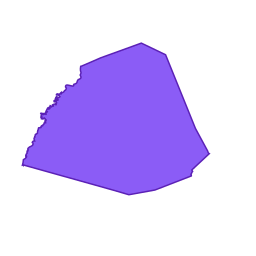 outline of Lunga, Luapula, Zambia, rotated 28°
{"feature_id": "96606910B4218134786212", "entity_name": "Lunga", "entity_type": "district", "adm_level": 2, "iso_a3": "ZMB", "parent_name": "Zambia", "parent_adm1": "Luapula", "projection": "albers", "projection_center": [29.85, -11.571], "detail": "fine", "context": "isolated", "style": "filled", "palette": "violet", "viewbox_px": 256, "rotation_deg": 28, "n_neighbors": 0, "source": "geoboundaries", "source_scale": "gbopen_adm2", "svg_char_len": 5080}
<svg xmlns="http://www.w3.org/2000/svg" viewBox="0 0 256 256"><g transform="rotate(28 128 128)"><path d="M59.2,99.8L60.3,100.9L60.5,101.2L60.8,102.1L60.9,103.7L62.1,104.6L62.6,105.2L62.9,106.0L62.6,106.9L62.1,107.8L61.3,108.6L61.2,110.4L61.6,112.0L61.2,113.2L60.6,113.9L59.7,114.8L59.7,115.5L60.2,116.1L60.0,116.6L59.1,117.1L56.6,117.8L55.5,118.1L54.6,118.4L53.9,118.7L53.3,119.3L53.2,119.8L53.2,120.4L53.7,121.2L54.1,121.3L54.5,121.6L54.9,121.8L55.1,123.1L54.9,124.2L54.5,124.6L54.4,125.0L54.4,125.6L54.3,126.1L54.2,126.6L53.9,127.0L53.4,127.5L53.2,127.8L53.1,128.1L53.0,129.2L52.8,129.4L52.5,129.3L52.3,128.6L52.2,128.3L52.0,128.8L52.0,129.5L51.7,130.1L51.4,130.3L51.2,130.7L51.0,130.9L50.6,130.9L50.3,130.8L49.9,130.9L49.5,131.1L49.3,131.4L49.1,131.7L49.1,131.9L49.2,132.3L49.3,132.4L49.5,132.3L50.1,132.0L50.6,131.8L51.2,131.7L51.4,131.6L51.6,131.3L51.8,131.3L52.2,132.0L52.7,132.2L53.2,132.3L53.2,132.5L53.0,133.0L52.4,133.8L52.1,134.2L51.5,134.7L51.1,134.7L50.9,134.6L50.6,133.7L50.4,133.7L50.2,133.9L50.1,134.2L50.0,134.5L50.0,135.2L50.1,135.9L50.1,136.2L50.3,136.4L51.5,136.7L51.7,136.2L51.8,135.7L52.0,135.6L52.5,135.6L52.8,135.7L53.0,135.9L53.1,136.2L52.9,136.4L52.4,136.8L51.5,137.0L50.4,137.6L50.2,137.9L50.0,138.4L49.9,138.7L50.0,139.0L50.6,139.5L50.8,139.4L51.0,139.3L51.4,138.1L51.6,137.9L51.8,137.9L52.1,138.2L52.7,139.0L53.2,139.3L53.2,139.6L52.7,140.0L52.7,140.3L52.8,140.4L53.2,140.6L53.5,140.9L53.6,141.1L53.4,141.3L53.1,141.3L52.5,141.2L52.0,141.3L51.4,141.8L50.5,143.0L50.4,143.3L50.5,143.5L50.8,143.5L51.2,143.4L51.5,143.2L51.8,143.4L51.8,143.7L50.8,144.5L50.7,144.7L50.6,145.2L50.4,145.4L49.9,145.3L49.4,145.0L49.1,144.8L48.8,144.8L48.8,145.0L49.2,145.8L49.3,146.1L49.4,146.3L49.3,146.5L49.0,146.5L48.7,146.5L48.6,146.8L49.5,146.8L49.8,147.2L49.7,147.7L49.7,147.9L49.5,148.1L49.3,148.2L49.1,148.4L48.7,148.8L48.4,148.7L48.4,148.1L48.3,147.8L48.0,147.7L47.9,147.8L47.7,148.0L47.7,148.3L47.7,148.6L47.7,149.7L47.8,150.9L47.8,151.3L47.8,151.5L48.3,151.6L48.9,151.5L49.1,151.5L49.1,151.8L48.8,152.1L48.5,152.1L47.9,152.2L48.1,152.6L48.5,152.9L48.5,153.1L48.4,153.2L48.0,153.3L48.0,153.5L48.6,153.8L49.2,154.1L49.3,154.3L49.2,154.5L48.9,154.6L48.2,154.7L48.0,154.9L47.8,154.9L47.7,154.9L47.6,154.6L47.4,154.4L47.2,154.6L47.2,154.9L47.1,155.6L46.8,155.5L46.3,155.1L46.1,155.0L45.9,155.1L45.6,155.6L45.7,155.9L45.8,156.0L46.1,156.1L46.0,156.4L45.7,156.3L45.4,156.1L44.7,155.6L44.2,155.8L44.2,156.2L44.6,156.3L44.9,156.4L45.3,156.8L45.5,157.8L45.6,158.1L45.8,158.7L45.9,158.8L46.0,158.7L46.3,158.4L46.5,158.4L46.6,158.8L46.6,159.3L46.5,159.5L46.4,159.5L46.2,159.6L46.3,159.8L47.1,160.0L47.3,160.1L47.5,160.2L47.5,160.4L47.8,160.3L48.0,159.9L48.2,159.3L48.3,159.2L48.5,159.2L48.5,159.9L48.7,160.0L48.8,159.9L48.9,159.7L49.0,159.2L49.4,158.8L49.5,158.5L49.9,158.6L49.9,158.8L50.2,158.9L50.8,158.9L51.0,159.1L51.2,159.8L51.4,159.9L51.5,159.9L51.7,159.4L51.8,159.3L52.0,159.4L52.0,159.6L51.9,160.3L52.0,160.9L51.8,161.0L51.6,160.8L51.4,160.8L51.4,161.0L51.7,161.2L52.2,161.1L52.3,161.2L52.2,161.7L52.2,161.9L52.7,162.1L52.5,162.3L52.1,162.4L51.8,162.6L51.6,162.8L51.7,163.2L51.7,163.5L51.9,163.7L51.9,163.9L51.9,164.4L51.5,164.9L51.4,165.4L51.5,165.8L51.6,166.0L51.3,166.3L51.0,166.3L50.8,166.4L50.9,166.8L51.0,167.1L50.9,167.3L50.5,167.4L50.5,167.5L50.9,167.7L50.9,167.8L50.8,168.1L50.9,168.5L50.7,168.7L50.2,168.9L49.6,169.4L49.4,169.6L49.0,169.8L49.0,170.0L49.1,170.5L49.3,171.1L49.5,171.5L49.4,171.8L49.6,172.2L49.6,172.4L49.5,172.6L49.9,173.7L49.9,173.9L50.2,174.5L50.3,174.9L50.5,175.1L50.3,175.7L50.1,175.9L49.9,176.1L49.9,176.5L49.5,176.7L49.4,177.0L49.3,177.4L49.3,177.7L49.6,178.2L49.7,178.6L49.7,179.0L49.6,179.3L49.9,179.6L50.1,180.0L49.9,180.3L49.9,180.6L49.9,181.3L50.0,181.4L50.3,181.8L50.5,182.2L50.8,182.4L51.0,182.5L51.2,183.1L51.3,183.2L51.5,183.2L51.6,183.3L51.3,183.4L51.2,183.5L50.9,183.7L50.5,184.1L50.3,184.7L50.2,185.1L50.2,185.4L50.4,185.6L50.4,185.8L50.5,185.8L51.0,185.9L51.2,186.1L51.7,186.6L51.7,186.8L51.7,187.2L51.9,187.5L51.8,188.0L51.6,188.6L51.1,189.5L50.5,190.3L50.0,190.9L49.4,192.4L49.3,192.8L49.4,193.7L49.7,194.0L50.0,194.0L50.1,194.3L50.2,194.6L50.3,194.8L50.3,195.1L50.2,195.2L49.9,195.3L49.8,195.5L50.0,195.7L50.0,195.9L50.3,195.8L50.4,196.0L50.2,196.2L50.1,196.3L50.1,196.5L50.2,196.8L50.3,197.1L50.6,197.3L50.8,197.5L50.7,197.8L50.6,198.3L50.5,198.6L50.5,198.9L50.4,199.1L50.6,199.4L50.7,199.6L50.6,199.9L50.6,200.1L50.8,200.6L51.5,200.5L51.7,200.9L51.6,201.1L52.0,201.2L52.0,201.3L52.0,201.5L51.7,201.7L51.6,201.8L51.7,202.0L51.8,202.4L51.6,203.2L50.5,205.0L51.6,207.9L52.2,210.3L52.3,210.2L52.3,209.8L52.4,209.7L52.5,209.7L52.5,209.8L52.6,210.0L52.8,210.1L52.7,209.8L52.8,209.7L53.1,209.8L53.3,209.8L53.3,209.7L143.7,189.9L160.1,186.5L180.9,170.1L206.4,140.6L206.1,140.0L206.0,139.9L205.6,139.7L205.6,139.4L205.3,139.1L205.4,138.3L205.3,137.7L205.2,137.1L205.4,136.5L205.5,136.1L205.2,135.8L204.8,135.6L204.4,135.4L204.1,134.9L211.8,112.5L211.5,112.5L210.5,112.2L209.1,110.9L187.7,96.7L126.8,45.7L99.9,46.8L71.0,78.8L57.5,95.7L57.3,95.8L58.2,98.1L59.2,99.8Z" fill="#8b5cf6" stroke="#5b21b6" stroke-width="1.5"/></g></svg>